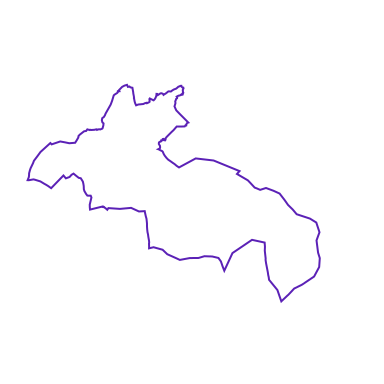 Abakaliki, Ebonyi, Nigeria (Robinson projection), rotated 34°
{"feature_id": "59680162B3222658090770", "entity_name": "Abakaliki", "entity_type": "district", "adm_level": 2, "iso_a3": "NGA", "parent_name": "Nigeria", "parent_adm1": "Ebonyi", "projection": "robinson", "projection_center": [8.158, 6.263], "detail": "fine", "context": "isolated", "style": "outline", "palette": "violet", "viewbox_px": 384, "rotation_deg": 34, "n_neighbors": 0, "source": "geoboundaries", "source_scale": "gbopen_adm2", "svg_char_len": 4181}
<svg xmlns="http://www.w3.org/2000/svg" viewBox="0 0 384 384"><g transform="rotate(34 192 192)"><path d="M44.0,244.2L43.8,249.1L43.5,254.5L44.1,257.0L44.9,262.5L45.4,264.4L46.5,267.6L47.2,268.7L47.8,269.7L48.2,270.5L48.5,271.2L48.7,272.3L49.1,274.1L50.1,273.5L53.5,270.2L54.8,269.7L60.4,268.0L64.8,267.8L67.0,267.6L69.4,267.5L73.1,267.6L76.2,250.2L78.0,250.7L79.8,251.2L82.1,248.0L82.4,245.9L82.5,245.1L83.5,243.0L86.4,243.3L90.2,243.6L91.3,243.1L92.1,242.8L95.7,244.4L97.3,245.9L98.9,247.6L100.8,250.2L102.3,251.4L105.4,252.9L107.3,253.5L110.1,251.7L111.7,252.8L114.3,259.7L115.8,261.8L117.3,263.6L126.0,254.0L126.3,254.4L127.0,254.1L127.5,253.6L128.4,253.8L129.5,253.8L131.7,254.1L131.7,252.1L141.7,246.3L150.4,239.2L158.9,237.8L163.5,234.3L165.0,235.8L167.2,237.9L169.2,239.6L170.9,241.6L172.3,243.3L174.0,245.8L175.8,248.1L177.6,250.2L179.3,251.8L180.7,253.4L183.3,256.1L184.6,257.6L185.2,258.8L186.8,261.0L187.9,262.7L191.0,259.3L199.9,256.3L206.3,257.4L216.1,255.7L219.9,255.1L227.1,248.0L234.1,243.2L234.5,242.8L238.2,238.3L242.7,235.5L244.7,234.2L248.4,232.8L250.8,231.9L254.8,233.4L258.9,236.5L262.8,239.2L259.7,220.0L268.5,198.1L280.5,193.3L283.1,196.6L285.2,200.0L288.0,203.3L290.2,205.9L291.0,207.2L293.3,209.7L295.1,211.5L296.9,213.3L299.8,216.2L301.6,218.2L303.2,219.7L305.0,221.7L317.6,225.5L327.2,232.7L329.1,224.2L329.3,223.6L330.7,214.9L334.7,207.9L335.2,206.9L340.5,193.8L339.4,183.1L335.0,175.5L334.7,175.2L330.7,172.0L330.1,171.4L322.3,162.5L320.2,154.1L312.1,147.8L304.6,148.1L291.2,151.9L285.3,150.2L282.0,149.6L278.8,149.0L273.3,146.9L265.5,144.3L258.9,145.4L251.1,147.3L247.3,152.1L243.6,152.8L241.5,153.3L235.5,151.9L231.8,151.1L219.2,151.9L219.7,148.1L192.3,153.8L176.3,162.1L167.5,178.9L164.6,178.9L162.0,178.6L159.9,178.6L156.7,178.5L154.2,178.5L151.8,178.0L149.0,177.1L147.3,176.3L145.1,174.9L144.4,174.8L142.5,175.1L140.9,175.2L140.1,175.4L140.6,174.5L140.9,173.6L140.6,172.8L139.7,171.7L137.6,170.7L136.9,169.4L137.2,168.4L137.9,167.7L138.0,167.2L137.6,166.5L138.5,165.8L138.2,165.1L138.4,164.9L138.2,164.4L138.7,163.9L139.6,164.7L140.8,164.3L140.8,163.4L140.2,162.7L140.1,161.2L140.4,159.4L141.5,153.7L142.1,151.1L142.7,146.3L146.4,143.8L149.3,141.7L149.3,140.3L150.0,140.0L149.8,139.5L149.3,138.2L149.5,137.3L150.1,136.5L147.7,136.0L138.5,134.2L133.3,133.1L131.5,132.0L129.6,130.8L129.1,129.1L128.6,127.6L127.4,126.2L127.2,125.0L126.8,123.8L127.2,122.6L126.9,122.0L126.7,121.7L126.0,121.5L126.4,120.6L127.1,119.5L127.7,119.0L128.2,118.3L128.6,117.0L128.8,117.0L129.1,117.2L129.8,116.5L129.7,116.2L129.3,116.2L129.1,115.7L129.3,115.4L129.4,115.0L129.2,114.5L128.8,114.4L128.5,114.2L128.1,113.4L127.3,112.7L127.1,111.8L127.1,111.1L127.0,110.8L126.4,110.3L126.2,110.4L125.9,110.6L125.7,110.7L124.4,110.5L123.8,109.9L123.0,110.5L122.6,111.3L121.8,112.4L121.6,113.3L121.1,115.1L119.6,117.2L118.9,118.7L118.3,120.5L117.4,121.0L116.9,121.3L116.2,121.8L116.0,122.2L115.6,123.6L115.4,124.2L115.0,125.4L114.5,126.2L114.1,127.4L113.7,127.2L113.1,126.9L112.3,127.0L111.5,127.2L110.7,127.9L109.5,130.7L108.4,130.1L107.7,130.5L108.3,131.5L108.8,132.8L109.1,134.3L109.2,135.9L108.9,137.5L108.7,137.6L108.1,137.6L103.8,138.2L104.3,138.1L105.1,139.3L105.8,140.0L106.3,140.7L106.4,140.9L106.1,141.8L105.0,143.6L104.5,143.4L103.4,144.6L102.4,146.3L101.2,147.3L99.9,148.4L99.1,149.0L98.4,149.7L97.2,151.4L95.4,150.3L94.0,149.2L92.4,147.6L91.4,146.7L91.4,146.4L91.1,146.2L90.6,145.5L89.7,144.6L89.3,144.2L89.0,143.9L88.3,143.2L87.3,142.0L84.3,138.9L82.4,139.7L81.2,139.5L80.1,140.7L78.2,139.5L76.5,141.6L75.3,143.9L74.7,147.2L74.5,148.1L75.0,148.6L75.5,149.0L75.0,149.4L74.5,149.4L74.2,149.6L74.1,150.0L74.3,150.3L74.7,150.7L74.6,151.7L73.3,154.7L73.1,155.7L74.8,161.2L75.7,165.0L76.4,173.9L76.5,175.3L76.9,177.0L77.0,179.0L76.3,181.0L77.1,182.9L78.8,184.4L80.3,184.6L80.5,185.0L81.2,186.2L82.2,189.1L82.2,189.6L81.0,191.4L80.3,191.7L79.5,192.3L78.6,193.5L78.4,193.3L78.0,193.3L77.1,194.1L76.3,195.0L73.7,197.0L72.7,197.4L72.6,197.8L71.8,198.1L70.2,198.6L70.1,200.6L68.6,202.0L66.9,207.2L66.6,209.0L67.3,210.5L67.5,213.6L67.6,216.5L63.0,220.2L59.3,221.7L54.5,223.8L49.0,231.0L47.2,230.6L44.0,243.6L44.0,244.2Z" fill="none" stroke="#5b21b6" stroke-width="2"/></g></svg>